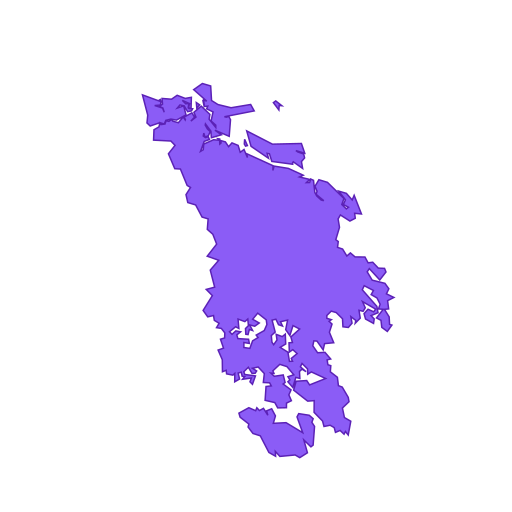 Tolé, Chiriquí, Panama (Natural Earth projection), rotated 140°
{"feature_id": "35544464B42415898156118", "entity_name": "Tolé", "entity_type": "district", "adm_level": 2, "iso_a3": "PAN", "parent_name": "Panama", "parent_adm1": "Chiriquí", "projection": "natural_earth1", "projection_center": [-81.647, 8.186], "detail": "fine", "context": "isolated", "style": "filled", "palette": "violet", "viewbox_px": 512, "rotation_deg": 140, "n_neighbors": 0, "source": "geoboundaries", "source_scale": "gbopen_adm2", "svg_char_len": 6151}
<svg xmlns="http://www.w3.org/2000/svg" viewBox="0 0 512 512"><g transform="rotate(140 256 256)"><path d="M173.6,224.3L169.3,231.6L165.0,233.2L161.6,222.4L155.7,221.1L153.0,225.3L148.2,220.4L141.8,239.4L146.3,237.1L146.5,245.9L150.9,252.5L151.4,241.5L156.0,239.3L153.8,233.9L156.5,234.0L157.2,240.3L151.7,243.5L153.9,266.5L158.8,274.0L166.0,271.5L167.6,266.4L170.3,264.6L168.5,254.8L170.1,256.9L170.9,263.0L170.1,266.9L163.3,277.0L164.6,279.8L167.7,277.8L170.2,279.8L165.6,280.1L171.9,288.6L167.9,287.5L174.9,302.3L184.3,313.2L188.1,310.7L184.9,314.2L197.3,340.2L199.3,336.9L196.7,345.3L201.4,345.6L198.6,352.2L201.7,358.1L206.7,357.4L206.1,363.1L208.6,366.8L210.3,365.0L211.8,365.0L209.5,368.0L213.7,372.3L224.1,375.3L228.1,371.3L231.3,371.8L222.0,377.1L216.8,375.2L215.9,378.0L218.6,379.2L219.3,381.8L217.0,383.7L218.6,379.8L215.1,378.8L211.1,380.7L211.6,384.4L210.8,388.9L209.8,389.7L210.3,380.6L214.2,375.3L204.6,371.1L206.6,378.8L199.6,364.9L187.9,376.8L187.1,380.6L189.4,381.3L190.7,383.0L164.1,368.3L162.7,375.5L179.8,385.6L187.8,396.5L190.1,403.7L181.4,415.4L186.2,422.6L196.8,423.5L194.2,406.3L195.9,409.2L198.9,404.5L196.5,409.7L199.6,403.8L196.6,401.8L199.2,400.5L196.3,394.0L203.6,388.3L202.7,382.1L204.2,380.3L204.0,390.9L200.3,394.1L201.6,406.0L211.2,406.0L212.7,401.0L219.2,401.2L213.8,401.9L213.1,406.9L221.9,408.6L222.3,406.0L222.8,405.7L222.4,409.3L229.8,408.0L233.1,412.8L232.9,414.8L236.2,415.1L238.0,417.4L240.9,415.6L244.4,417.8L244.3,419.7L247.3,417.3L253.0,418.3L260.0,410.6L247.3,398.8L246.9,392.8L257.4,390.6L262.1,375.1L258.0,371.2L263.4,354.3L262.1,350.6L270.2,348.0L273.9,340.8L269.4,333.9L272.3,320.5L268.8,315.2L276.2,307.7L275.1,300.4L278.5,290.4L293.5,287.2L287.3,276.7L300.1,274.6L307.7,258.7L315.6,262.4L314.9,253.7L331.5,248.3L332.1,240.4L326.8,237.7L329.3,233.5L327.5,228.2L332.3,226.5L329.1,222.8L329.3,217.2L332.7,213.4L336.7,215.1L340.1,206.3L345.5,208.3L348.5,198.2L356.1,188.9L352.3,187.6L354.3,184.6L350.3,179.6L347.7,179.7L353.2,173.3L347.7,172.3L344.9,177.8L342.0,176.5L343.9,172.8L342.1,170.9L345.5,170.2L338.0,165.5L341.5,163.5L341.2,160.0L333.5,164.5L340.8,172.5L339.7,175.2L333.4,175.7L334.5,168.6L332.1,166.7L329.4,167.5L330.9,172.3L325.7,169.6L325.2,160.6L331.7,154.4L327.1,150.1L327.8,146.7L332.2,149.6L341.8,139.6L335.8,131.6L337.0,125.7L330.2,120.2L327.2,123.7L321.9,122.4L320.1,128.5L315.2,130.9L317.5,140.5L315.0,140.4L311.6,147.4L319.3,152.1L319.9,156.8L317.7,154.5L316.9,157.2L307.4,157.7L303.4,151.4L303.4,140.7L309.1,143.0L309.7,139.3L312.4,139.2L312.3,131.7L303.5,137.4L301.1,134.0L296.9,139.6L293.5,139.7L292.0,135.2L293.2,142.6L289.8,144.1L289.1,136.4L292.4,132.2L288.1,131.6L281.4,117.4L297.8,122.8L297.2,128.0L305.8,134.3L313.4,129.0L309.7,111.6L304.4,107.8L312.0,98.9L311.1,86.8L313.5,81.7L308.0,78.7L306.4,74.3L308.5,69.8L303.7,68.3L303.1,62.9L300.3,64.1L300.4,59.6L289.6,68.5L292.1,75.4L287.5,84.0L278.4,84.6L276.2,88.4L274.2,100.2L276.2,103.7L271.6,110.8L273.5,119.5L269.2,123.9L270.8,126.5L268.3,130.7L265.0,129.1L265.1,137.9L271.0,142.3L270.2,150.7L266.2,153.8L264.0,151.6L264.9,140.9L259.8,144.8L252.2,139.6L248.8,150.4L241.5,155.0L242.0,159.0L239.2,158.8L241.8,162.7L240.0,164.9L233.8,165.4L230.9,161.1L230.1,152.3L234.9,145.9L231.2,141.9L225.6,142.8L222.3,148.6L221.0,142.5L223.2,140.7L216.1,141.4L212.0,148.2L209.5,144.8L205.6,146.1L203.7,152.6L198.5,138.4L201.7,137.6L204.4,143.2L210.3,142.4L212.6,137.3L209.3,128.8L205.9,131.8L206.2,136.4L199.0,134.1L195.8,139.7L196.3,161.8L192.2,163.7L188.2,154.1L192.6,152.4L190.3,146.1L191.9,139.3L196.2,136.7L192.8,133.4L203.5,131.1L201.6,126.4L205.5,120.5L203.9,113.8L196.3,115.7L197.6,117.8L193.1,123.8L191.9,132.6L188.4,130.2L183.9,137.2L177.0,135.6L180.4,143.2L175.3,145.5L174.8,152.2L182.5,162.8L181.0,172.4L177.3,173.5L176.6,158.1L166.7,160.2L165.5,163.9L170.1,168.1L170.6,176.2L174.5,178.7L173.2,185.2L180.7,191.6L181.7,197.7L186.4,197.6L185.2,205.7L188.0,210.2L183.7,214.2L184.4,217.2L173.6,224.3ZM291.4,211.1L289.2,200.5L291.7,196.5L297.6,193.6L306.7,195.3L306.8,192.2L313.1,193.2L320.1,189.2L324.1,193.7L320.9,197.5L317.3,193.3L315.2,197.0L323.0,204.4L321.4,207.9L316.5,207.8L319.6,211.6L324.7,211.4L325.0,215.0L317.1,214.9L315.7,211.5L310.3,219.2L306.7,212.9L302.8,213.0L306.6,207.5L310.7,207.2L314.1,202.6L312.6,200.9L308.3,204.0L306.5,201.1L305.2,207.4L302.1,203.0L296.6,202.6L299.2,209.7L291.4,211.1ZM269.5,172.0L281.3,171.6L283.7,166.3L286.5,168.3L292.2,161.0L288.0,160.6L287.2,154.8L294.8,154.9L295.7,151.9L298.1,153.8L293.4,161.8L296.2,170.5L289.8,169.5L283.8,177.3L287.7,177.4L290.9,183.0L293.9,178.2L299.5,176.7L299.2,179.7L295.4,185.2L290.2,185.4L284.9,196.5L281.4,194.8L282.9,188.9L280.7,185.3L279.5,189.9L273.0,186.6L280.6,180.5L281.2,173.3L272.4,178.9L269.5,172.0ZM359.0,144.4L370.1,146.6L371.8,142.7L369.5,131.9L372.0,130.1L372.4,122.0L368.3,115.5L372.4,97.2L369.7,90.0L366.8,93.9L366.5,87.1L353.9,78.4L352.1,73.4L343.1,72.2L337.6,84.3L336.6,74.5L333.8,74.4L320.7,87.8L320.1,92.7L316.8,94.6L317.6,99.8L324.6,107.8L328.0,106.4L333.8,90.6L340.1,109.0L350.3,116.7L343.9,121.0L342.2,128.9L347.4,130.6L349.3,126.4L348.2,134.5L352.7,135.4L352.9,139.2L355.7,137.7L359.0,144.4ZM253.5,423.6L243.9,419.9L241.4,416.1L237.9,417.9L233.2,415.6L229.5,411.2L218.9,409.1L214.9,417.5L221.2,419.9L217.2,420.6L214.5,417.2L215.6,410.5L212.1,408.6L209.9,409.5L212.6,412.0L212.7,413.1L209.4,416.1L212.0,417.7L212.4,422.6L208.9,415.4L212.4,413.0L210.9,410.8L203.5,419.1L208.9,422.2L213.1,429.8L219.9,430.4L226.7,437.1L230.0,432.4L233.8,432.6L232.2,429.2L233.9,425.1L232.5,429.4L236.9,436.4L232.2,433.1L229.6,435.3L239.4,452.4L248.4,433.5L254.0,428.0L253.5,423.6ZM166.9,304.2L164.0,293.1L160.5,299.1L155.7,299.9L153.9,303.5L157.1,308.8L157.7,311.1L152.6,303.4L148.9,313.0L171.5,331.1L182.7,357.8L189.3,343.2L183.6,322.8L181.5,327.5L180.0,325.7L183.1,318.3L168.9,302.7L167.9,304.0L166.9,304.2ZM144.6,353.2L141.5,356.4L139.6,354.5L141.2,362.1L144.1,362.3L144.6,353.2ZM206.2,407.5L202.0,408.0L203.1,411.9L206.2,407.5ZM189.7,352.7L193.0,349.3L193.4,346.9L191.6,346.1L189.7,352.7ZM228.7,437.4L230.4,437.7L229.0,436.7L228.7,437.4ZM209.8,370.3L209.7,369.1L208.2,368.5L209.8,370.3Z" fill="#8b5cf6" stroke="#5b21b6" stroke-width="1.5"/></g></svg>